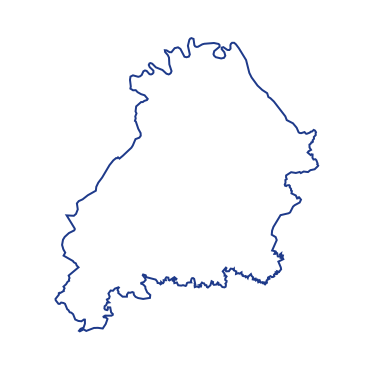 Kham Khuean Kaeo, Yasothon, Thailand, rotated 98°
{"feature_id": "78962969B10753248313683", "entity_name": "Kham Khuean Kaeo", "entity_type": "district", "adm_level": 2, "iso_a3": "THA", "parent_name": "Thailand", "parent_adm1": "Yasothon", "projection": "robinson", "projection_center": [104.4, 15.654], "detail": "fine", "context": "isolated", "style": "outline", "palette": "blue", "viewbox_px": 384, "rotation_deg": 98, "n_neighbors": 0, "source": "geoboundaries", "source_scale": "gbopen_adm2", "svg_char_len": 5981}
<svg xmlns="http://www.w3.org/2000/svg" viewBox="0 0 384 384"><g transform="rotate(98 192 192)"><path d="M262.8,99.4L261.0,98.3L261.1,97.4L261.6,97.2L261.3,96.4L260.5,96.1L259.6,97.2L259.3,95.5L258.7,96.0L258.9,94.6L256.1,93.0L254.3,93.6L248.9,96.8L245.8,92.2L245.0,92.7L244.9,94.7L243.9,94.2L243.6,93.3L242.2,93.1L242.0,95.2L240.5,95.2L241.6,96.2L243.8,95.1L243.8,98.1L240.8,99.1L240.8,99.9L241.7,100.9L241.8,101.8L240.9,101.5L240.1,100.2L239.2,100.9L238.8,104.5L227.8,101.4L225.0,102.9L223.2,107.1L219.1,107.3L215.2,106.5L202.6,101.1L199.6,93.3L198.5,92.0L192.4,89.9L190.8,88.5L187.4,83.9L184.4,83.0L182.3,85.2L182.5,85.9L183.5,86.2L183.8,87.0L181.0,88.7L179.5,93.3L177.2,93.2L176.8,94.1L175.2,94.3L173.6,95.9L172.4,95.9L171.7,96.8L172.4,99.3L173.0,99.6L172.8,100.7L171.7,101.2L169.9,100.7L167.1,101.2L166.0,100.0L164.4,100.9L162.5,101.1L158.6,96.6L158.7,91.8L157.2,88.1L158.1,86.9L156.2,84.3L156.1,79.9L153.9,77.8L152.4,73.7L148.8,70.9L148.2,70.7L147.0,71.9L146.3,71.6L143.2,73.3L142.4,74.3L142.9,76.2L141.3,77.5L138.1,77.8L138.0,78.9L138.9,79.7L136.8,83.0L135.5,82.3L133.7,80.0L131.6,81.8L128.7,82.3L127.7,81.2L126.1,80.6L126.1,79.8L125.4,79.3L124.0,79.7L122.3,78.6L120.6,79.0L118.4,77.4L116.4,77.8L115.6,77.5L114.1,78.7L113.6,80.1L115.5,81.7L115.8,82.9L116.8,83.6L118.4,86.5L118.3,87.4L117.0,88.9L118.5,92.0L118.6,93.3L118.1,94.7L113.8,97.3L109.9,101.6L107.6,108.2L104.1,110.1L91.0,123.5L88.2,127.4L87.3,129.6L83.7,131.3L81.2,136.6L77.5,141.9L70.3,148.9L66.1,151.8L53.8,156.8L43.1,165.6L39.6,169.1L38.4,171.0L38.7,173.1L39.9,174.1L41.3,174.4L44.7,173.8L46.2,174.8L46.4,176.7L44.2,181.1L44.9,182.6L46.4,182.5L49.1,179.4L52.4,178.0L54.7,179.0L55.7,181.7L55.2,187.2L53.9,189.1L52.5,189.9L49.4,189.6L44.3,184.9L42.6,185.2L41.7,186.3L41.4,191.0L43.5,200.4L44.3,202.3L47.4,206.4L47.7,207.8L47.3,209.2L46.2,210.1L40.2,211.8L39.7,214.0L40.4,215.1L41.7,215.8L47.8,216.4L56.1,213.3L58.4,214.0L59.3,216.2L59.1,218.3L51.9,223.4L50.7,226.0L52.0,229.2L56.4,231.8L56.7,233.6L55.3,236.9L55.4,238.6L57.1,238.1L59.8,235.0L62.1,233.5L68.8,232.2L75.1,229.1L77.0,229.5L78.3,230.6L78.8,231.5L78.4,233.8L75.3,238.2L73.6,245.1L70.5,249.2L70.1,251.0L70.6,252.0L72.2,252.5L74.3,251.2L77.2,247.1L79.2,246.8L80.6,247.7L81.3,249.0L81.2,250.5L78.4,253.8L78.2,255.5L79.2,256.9L83.2,258.1L84.7,259.6L85.4,261.3L84.7,266.7L86.3,269.0L89.6,269.0L96.0,267.3L98.2,267.4L99.5,264.5L99.0,261.9L100.7,259.8L102.2,256.0L102.8,252.4L106.0,248.8L107.2,249.4L108.4,251.9L109.8,253.3L110.0,254.9L115.0,259.2L120.1,259.1L121.9,257.9L125.1,258.7L126.9,258.0L129.5,258.4L130.1,257.4L136.9,254.0L140.8,251.1L143.4,250.6L145.5,251.7L147.5,255.3L154.2,257.1L156.6,258.2L165.7,265.5L169.0,268.5L168.0,270.1L169.0,271.0L169.0,271.9L171.6,274.3L176.8,277.4L190.2,283.0L195.8,286.1L200.2,287.5L204.1,287.4L209.7,294.7L214.5,299.3L216.8,302.9L219.3,304.4L225.1,302.7L229.8,303.8L232.0,305.7L232.6,312.9L244.6,303.0L245.5,302.9L246.5,303.4L249.8,308.2L254.2,311.8L257.2,313.1L262.5,313.3L266.7,311.4L269.7,309.1L272.9,310.3L276.9,300.3L278.0,299.3L278.9,297.0L280.8,296.0L282.4,293.9L291.9,302.5L294.2,301.3L295.6,301.7L297.0,301.3L298.2,302.7L300.8,303.8L303.6,306.1L305.0,304.8L307.2,305.5L307.8,305.1L310.6,308.8L310.3,309.3L310.7,309.8L312.3,309.6L316.9,312.3L318.2,311.9L321.3,308.7L321.2,307.4L319.7,306.2L319.8,303.7L320.4,302.2L325.5,299.2L326.1,298.0L328.1,296.4L328.3,294.7L329.6,292.7L334.5,289.9L335.5,286.6L335.4,283.5L333.3,281.2L333.3,280.3L337.3,279.7L341.4,280.5L343.0,283.3L345.2,284.6L345.6,283.7L343.1,280.2L344.3,277.4L340.3,270.2L339.6,266.3L339.6,261.4L334.8,259.1L329.5,258.0L328.3,259.8L328.3,262.0L327.7,262.3L326.5,260.8L325.7,254.6L324.8,253.4L323.9,253.4L322.5,255.3L317.7,256.9L317.9,259.3L320.2,259.1L320.8,259.6L320.5,261.6L319.6,262.5L317.3,262.6L315.7,261.1L313.6,260.8L312.9,258.7L311.7,260.5L310.3,261.3L308.9,259.3L306.9,259.0L304.2,260.6L300.9,258.9L300.8,256.5L298.4,254.9L296.6,251.5L296.9,251.1L298.0,252.0L299.6,252.0L300.9,250.9L302.2,251.0L305.3,246.2L304.7,241.9L302.6,242.1L300.4,241.0L300.4,239.2L299.4,237.2L299.7,235.9L301.9,235.2L303.7,233.3L304.5,230.6L304.7,225.5L302.7,218.9L299.8,219.0L297.6,222.4L294.0,224.7L292.2,225.1L290.5,227.3L289.8,229.6L289.0,229.6L287.9,227.2L285.5,225.6L284.0,226.4L281.3,229.2L280.5,228.9L280.9,226.3L282.7,225.3L283.8,215.8L285.6,213.9L286.9,213.4L286.8,211.5L287.8,210.3L287.3,209.8L285.5,210.0L286.5,208.6L286.3,207.9L285.1,207.4L283.3,207.8L283.0,205.6L281.5,206.3L280.0,205.5L280.1,203.5L282.4,202.8L282.7,202.0L278.8,197.6L280.2,195.3L281.1,195.8L280.8,197.1L282.0,199.0L282.5,198.8L282.7,197.4L284.7,196.8L283.7,194.4L286.3,192.7L286.2,189.6L285.5,187.9L285.9,185.2L285.4,184.7L282.9,184.3L282.2,183.3L281.6,180.1L280.4,180.7L278.2,180.4L277.4,180.0L277.1,179.0L277.7,177.8L282.1,176.2L282.6,176.6L283.2,175.9L284.3,176.4L285.8,176.0L284.8,174.0L285.4,172.0L284.4,171.5L284.4,170.0L283.6,169.9L283.0,171.7L282.4,170.6L280.3,169.5L280.9,168.4L280.8,167.3L282.5,166.1L282.3,164.8L284.1,163.9L284.4,163.0L281.8,160.8L277.6,160.2L278.2,158.6L279.9,158.6L280.9,157.4L280.2,154.9L278.0,153.9L278.4,153.1L280.2,152.7L279.9,151.0L281.9,148.7L281.9,146.5L281.1,145.5L279.1,145.5L278.0,146.2L276.9,145.4L275.3,145.3L274.4,146.9L272.9,147.0L270.8,146.0L269.9,147.2L270.3,148.1L268.4,148.4L266.3,150.5L262.2,147.9L262.6,147.3L264.5,147.9L265.8,147.1L265.3,144.4L262.5,143.0L262.5,141.1L263.1,140.3L262.3,139.8L263.8,139.5L264.5,137.1L267.0,137.0L265.9,135.0L266.3,133.8L264.7,131.8L266.8,131.4L266.9,130.3L268.0,130.1L268.2,128.5L267.8,127.4L268.8,126.9L268.1,125.9L269.4,124.8L268.0,124.6L265.1,122.2L266.9,121.2L267.9,119.7L270.1,119.7L270.2,117.8L269.2,118.0L268.9,116.9L270.6,116.3L269.6,115.2L269.7,114.7L272.2,113.8L271.6,112.7L270.7,113.9L269.9,112.8L272.1,111.4L271.6,109.9L272.5,109.3L272.4,108.2L273.3,106.8L272.4,106.2L271.5,107.4L271.5,105.3L270.8,105.2L270.3,105.9L269.0,105.7L267.1,103.2L266.7,103.5L266.7,104.8L266.1,104.8L264.4,102.5L265.2,101.0L264.7,99.6L264.0,98.8L262.8,99.4Z" fill="none" stroke="#1e3a8a" stroke-width="2"/></g></svg>